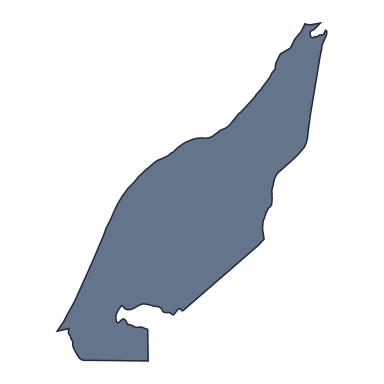 Lukolela, Équateur, Democratic Republic of the Congo (Robinson projection)
{"feature_id": "63176286B14204108243102", "entity_name": "Lukolela", "entity_type": "district", "adm_level": 2, "iso_a3": "COD", "parent_name": "Democratic Republic of the Congo", "parent_adm1": "Équateur", "projection": "robinson", "projection_center": [17.176, -1.278], "detail": "fine", "context": "isolated", "style": "filled", "palette": "slate", "viewbox_px": 384, "rotation_deg": 0, "n_neighbors": 0, "source": "geoboundaries", "source_scale": "gbopen_adm2", "svg_char_len": 3453}
<svg xmlns="http://www.w3.org/2000/svg" viewBox="0 0 384 384"><path d="M320.4,23.0L318.3,23.4L312.1,24.5L309.5,24.9L304.7,23.9L304.0,26.0L300.7,32.3L298.5,34.6L294.7,39.3L291.2,46.5L290.2,48.2L280.3,53.9L275.6,63.6L275.2,68.3L275.1,69.0L274.1,70.4L273.7,70.8L271.8,73.2L271.7,73.5L269.8,77.4L269.1,78.3L261.5,88.4L261.3,89.3L260.1,90.2L257.4,93.3L256.3,94.4L256.1,95.1L255.7,95.4L253.9,98.0L248.1,104.3L240.7,112.2L239.0,113.4L238.8,113.6L236.9,115.9L236.8,116.1L235.1,118.2L229.9,124.6L227.7,126.7L225.2,128.3L222.3,129.5L221.2,129.9L220.4,130.2L218.8,131.6L212.2,136.5L208.5,137.9L204.1,138.4L202.7,137.9L197.3,138.2L194.6,138.9L193.4,139.1L186.4,141.9L182.4,144.2L177.7,147.7L174.6,150.7L174.1,151.2L173.9,151.5L173.4,151.9L172.9,152.2L172.5,152.4L171.9,152.6L171.4,152.9L171.1,153.1L169.8,154.2L168.5,155.3L168.0,155.7L164.3,157.6L157.5,160.4L156.0,161.4L154.8,162.2L154.1,162.8L149.4,166.9L149.2,167.1L147.2,168.7L145.1,170.4L144.8,170.7L138.3,177.0L136.1,179.8L135.2,180.9L134.7,181.5L130.0,186.3L127.8,188.6L125.1,192.3L124.8,192.7L123.4,194.7L122.8,195.5L122.2,196.3L121.6,197.3L117.4,204.3L114.8,209.9L113.3,213.1L112.8,214.4L110.2,220.2L106.9,226.7L106.3,227.7L106.1,228.1L105.1,231.1L103.2,236.3L103.0,236.8L102.6,237.8L100.6,242.4L98.5,247.3L95.7,253.9L91.9,263.0L90.8,265.1L89.2,268.8L88.6,270.4L86.9,273.9L86.8,274.3L80.1,289.1L79.5,290.5L74.7,301.1L74.2,302.1L67.5,314.2L67.1,314.9L65.6,317.9L64.6,319.8L64.2,320.7L57.2,331.2L66.8,329.1L68.8,328.6L68.4,331.3L68.5,333.1L69.3,334.9L69.9,335.3L70.0,335.6L70.4,336.3L70.8,338.4L71.7,339.9L72.8,341.9L72.8,345.9L73.6,348.2L73.9,348.8L75.5,352.0L79.4,358.2L80.4,358.8L81.4,359.5L81.9,359.9L82.5,360.0L83.0,360.1L84.1,360.3L84.6,360.3L104.6,360.5L109.1,360.5L148.2,361.0L147.7,329.4L144.1,328.1L141.4,327.0L141.2,327.0L136.4,327.4L135.2,327.1L134.6,326.9L132.1,325.4L129.5,324.7L129.2,324.6L128.9,324.5L128.4,324.6L128.0,324.7L127.0,323.0L126.1,321.1L125.1,319.9L124.0,319.0L123.0,318.9L121.4,319.9L120.2,321.1L119.3,322.2L118.1,322.6L117.0,322.4L116.3,321.0L116.0,318.9L115.9,316.8L116.2,314.5L116.9,312.8L117.3,312.0L118.5,309.8L119.5,308.4L120.6,306.6L121.3,305.9L122.2,305.7L123.2,306.8L125.8,309.3L127.8,309.7L130.3,309.6L133.2,308.6L135.6,307.3L135.7,307.2L137.6,306.1L139.9,304.8L143.3,303.8L147.3,304.4L150.8,305.2L153.5,306.1L156.1,306.4L158.3,306.8L160.1,307.5L162.0,309.6L163.0,311.7L165.0,312.6L167.3,312.6L169.6,312.6L170.8,313.2L172.7,314.9L174.0,314.6L175.5,312.5L177.6,309.8L179.0,308.8L180.4,308.8L181.8,310.7L183.0,310.7L198.4,297.3L258.8,244.9L264.1,239.1L262.7,230.1L262.6,226.6L263.1,221.5L264.5,217.7L266.3,212.3L267.3,210.6L267.9,208.9L269.5,207.4L270.7,206.3L270.9,205.7L271.7,204.0L271.8,203.9L271.8,203.1L272.2,198.0L272.1,197.4L271.9,196.5L272.0,195.0L272.1,193.7L271.9,192.0L271.8,190.6L274.5,178.9L275.9,175.9L276.9,174.2L277.7,173.0L282.4,168.9L285.9,165.8L294.2,158.4L299.2,153.4L302.0,149.8L304.4,147.1L306.2,143.1L307.4,138.3L308.4,129.8L310.4,114.7L316.9,75.9L317.9,69.7L319.8,57.9L321.7,48.8L321.7,48.3L321.7,47.2L321.9,46.2L322.3,45.1L322.5,44.4L322.6,43.9L326.3,35.4L326.7,33.7L326.8,31.6L326.5,30.7L326.0,30.4L325.6,30.3L324.9,31.1L324.1,33.7L323.6,34.0L322.3,34.9L320.5,35.0L319.3,35.0L318.1,36.0L317.2,36.6L316.8,36.7L315.6,36.8L314.7,36.9L314.0,37.0L313.6,37.2L312.7,37.8L311.2,37.2L311.0,36.9L310.7,36.5L310.2,34.8L310.2,33.8L310.2,32.7L310.6,31.2L313.5,29.9L314.0,29.6L317.3,26.2L320.4,23.0Z" fill="#64748b" stroke="#1e293b" stroke-width="1.5"/></svg>